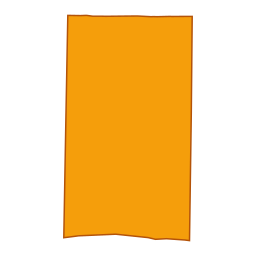 outline of Okaloosa, Florida, United States of America
{"feature_id": "52423323B76793643920341", "entity_name": "Okaloosa", "entity_type": "district", "adm_level": 2, "iso_a3": "USA", "parent_name": "United States of America", "parent_adm1": "Florida", "projection": "mercator", "projection_center": [-86.589, 30.688], "detail": "fine", "context": "isolated", "style": "filled", "palette": "amber", "viewbox_px": 256, "rotation_deg": 0, "n_neighbors": 0, "source": "geoboundaries", "source_scale": "gbopen_adm2", "svg_char_len": 472}
<svg xmlns="http://www.w3.org/2000/svg" viewBox="0 0 256 256"><path d="M67.8,15.4L65.7,129.1L63.8,237.7L74.2,236.4L78.7,235.8L115.7,234.2L148.2,237.6L155.4,239.3L166.5,238.7L184.9,240.0L189.5,240.6L191.3,112.9L192.2,16.4L191.2,16.4L187.1,16.4L171.5,16.5L170.4,16.4L157.3,16.7L153.3,16.6L151.1,16.7L137.4,16.0L136.1,16.0L105.7,16.3L101.4,16.2L98.3,16.2L92.7,16.2L86.7,15.4L86.1,15.4L85.8,15.4L80.5,15.6L67.8,15.4Z" fill="#f59e0b" stroke="#b45309" stroke-width="1.5"/></svg>